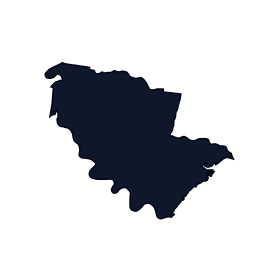 Branesti, Gorj, Romania, rotated 134°
{"feature_id": "2599482B28130291705267", "entity_name": "Branesti", "entity_type": "district", "adm_level": 2, "iso_a3": "ROU", "parent_name": "Romania", "parent_adm1": "Gorj", "projection": "albers", "projection_center": [23.464, 44.658], "detail": "fine", "context": "isolated", "style": "filled", "palette": "ink", "viewbox_px": 256, "rotation_deg": 134, "n_neighbors": 0, "source": "geoboundaries", "source_scale": "gbopen_adm2", "svg_char_len": 5657}
<svg xmlns="http://www.w3.org/2000/svg" viewBox="0 0 256 256"><g transform="rotate(134 128 128)"><path d="M126.7,220.6L129.6,221.4L135.4,223.7L140.5,225.3L141.3,225.4L145.7,225.3L146.2,225.3L146.6,225.1L147.4,224.4L148.1,223.0L148.4,222.0L148.4,221.5L148.2,221.2L147.3,219.6L146.2,218.4L143.4,216.8L140.8,216.5L139.3,216.6L138.3,216.2L137.8,215.8L137.2,214.9L136.9,213.7L136.9,212.7L137.1,211.6L137.7,210.4L138.2,209.7L139.1,208.6L139.7,208.0L140.0,207.9L140.5,209.0L140.4,209.1L140.9,209.9L144.0,211.2L145.7,212.1L146.4,212.2L147.4,212.1L151.9,212.0L150.8,209.7L157.0,204.6L157.6,204.1L160.1,202.0L163.5,199.2L174.0,192.1L171.8,191.8L171.6,191.6L170.7,191.3L170.1,190.9L169.0,190.0L168.2,190.5L167.3,190.9L166.4,191.5L165.8,191.7L164.9,191.7L165.2,190.9L166.2,188.5L166.7,187.7L167.2,187.2L168.2,186.4L169.1,185.8L170.8,185.2L171.4,184.7L172.9,182.8L173.3,182.1L173.7,181.2L174.0,179.7L174.0,179.0L173.8,178.1L173.4,177.3L171.9,175.3L171.6,174.3L169.9,171.6L169.5,170.5L169.4,169.1L169.5,167.2L170.5,164.0L171.8,162.2L173.1,160.6L174.3,158.6L174.5,157.6L174.5,155.3L174.2,153.6L174.4,152.0L174.5,151.5L175.4,149.8L176.5,148.3L177.5,147.2L178.6,146.3L180.6,145.0L181.7,143.9L181.9,142.9L181.9,142.6L181.7,141.1L180.9,139.6L180.1,138.9L177.3,135.0L176.5,133.2L176.0,131.5L175.7,130.0L175.6,127.1L175.9,126.5L176.5,125.8L177.6,125.5L182.7,125.7L185.5,125.3L187.0,124.7L188.3,123.6L189.2,121.8L189.2,121.5L189.2,120.7L188.8,118.8L187.7,116.8L186.8,115.3L183.6,111.7L180.2,108.3L177.2,105.6L176.0,103.6L175.8,103.1L175.8,102.1L175.9,101.6L176.2,100.9L177.1,99.4L177.5,98.9L178.0,98.6L180.7,98.2L181.9,97.9L183.4,97.3L184.0,96.9L184.4,96.3L184.7,95.8L184.9,95.2L184.9,94.6L184.9,93.5L184.8,93.1L184.7,92.9L183.1,91.7L182.3,91.3L181.4,91.2L178.5,91.5L177.4,91.4L176.1,91.0L174.5,90.2L173.6,89.6L172.6,88.5L172.3,88.0L172.1,87.5L172.2,83.6L172.3,82.9L173.0,81.2L173.4,80.6L176.8,78.0L182.2,72.9L183.6,71.2L184.0,70.4L184.4,69.2L184.4,68.8L184.2,67.9L183.7,66.6L183.1,65.5L182.6,64.9L182.1,64.5L181.1,63.9L180.4,63.7L178.1,63.3L175.3,63.2L173.0,63.5L171.2,63.4L170.7,63.2L169.2,62.2L168.2,61.4L167.6,60.7L167.2,59.9L166.8,58.4L166.6,56.5L166.7,54.6L167.0,53.5L167.7,51.8L169.5,48.8L171.0,46.5L171.3,45.9L171.6,44.5L171.6,43.7L171.2,42.5L170.8,41.8L170.2,41.1L166.2,38.9L164.6,38.0L163.4,36.9L162.4,35.6L162.2,35.1L162.1,34.9L161.1,34.9L159.1,34.7L158.1,34.7L158.5,37.3L155.8,37.3L155.5,37.5L155.1,38.0L154.2,38.1L150.5,38.2L150.2,38.3L149.9,38.6L147.3,38.6L141.8,39.3L141.7,38.9L141.8,38.7L141.4,38.4L141.2,38.1L140.7,38.2L140.4,38.3L140.1,38.6L140.0,38.8L140.3,39.2L140.2,39.7L140.0,39.9L139.4,39.9L139.1,39.7L138.1,39.7L137.2,39.3L136.1,39.3L136.0,39.7L135.9,39.8L135.3,39.7L134.3,39.9L133.7,39.7L132.4,40.1L131.6,40.5L129.9,40.1L129.6,40.1L129.1,40.0L128.6,40.1L127.9,40.1L126.2,39.9L125.0,40.0L124.3,40.2L124.0,39.9L123.4,38.4L123.1,38.2L121.9,38.5L121.1,39.1L120.5,39.0L118.3,38.2L117.8,37.8L117.0,37.5L114.2,37.1L113.7,36.8L112.6,35.7L111.6,35.1L110.8,34.8L110.3,34.8L108.9,35.3L108.0,35.9L108.1,36.1L108.3,37.6L106.7,37.4L105.9,36.6L105.6,36.1L105.3,35.2L105.1,34.9L104.7,34.6L104.3,34.6L104.0,35.1L102.6,35.6L101.9,35.6L100.6,35.5L99.3,35.9L99.4,36.2L101.5,36.7L102.6,37.0L102.8,37.3L105.7,38.2L105.7,38.3L105.2,38.9L106.2,39.3L106.1,39.6L105.9,39.6L102.7,38.8L101.9,38.3L100.0,37.9L99.5,37.9L100.2,39.1L100.9,39.3L101.3,39.6L101.8,40.6L103.0,41.4L103.4,42.1L103.9,43.9L103.9,44.5L103.9,44.9L104.2,45.9L104.1,47.4L104.1,48.6L101.9,48.2L100.5,48.0L99.3,47.6L99.3,47.1L99.1,46.4L101.7,46.7L101.8,46.7L102.1,46.1L102.0,45.9L101.7,45.5L101.4,44.7L101.3,44.1L100.9,43.7L99.8,43.5L99.4,43.2L99.5,43.1L100.1,43.2L100.1,42.8L99.1,42.3L98.5,42.2L98.0,42.4L97.7,42.4L97.6,42.0L97.4,42.1L97.6,41.6L96.5,41.2L95.2,41.6L94.2,41.6L92.5,41.0L93.5,39.5L92.7,39.2L89.4,38.7L84.4,38.1L82.5,37.6L81.8,37.1L80.7,36.7L80.4,36.4L80.0,35.7L78.7,33.7L77.8,31.8L77.1,30.6L76.3,32.8L74.7,35.9L74.6,36.3L74.7,36.8L75.1,38.1L75.3,40.7L75.2,41.1L74.3,42.6L74.0,43.7L73.6,44.4L73.5,44.7L73.8,45.4L74.9,47.0L76.9,49.3L77.4,50.4L77.7,51.9L78.9,54.3L79.3,54.7L80.5,55.6L81.7,56.5L82.0,56.9L82.1,57.4L82.1,59.1L82.0,59.6L81.2,60.8L80.7,62.1L80.7,62.5L80.9,63.3L82.2,65.3L83.0,66.0L85.6,68.7L86.2,69.2L87.4,69.7L87.9,70.1L90.2,70.9L90.6,71.1L92.3,72.6L92.9,73.6L93.7,74.4L93.7,75.0L93.9,75.9L94.1,77.1L94.2,78.6L94.3,79.4L94.6,80.1L94.7,81.1L94.9,81.3L96.1,82.6L96.7,82.9L97.5,83.0L98.5,83.4L100.1,84.5L100.6,85.1L101.1,85.9L102.4,88.6L102.9,90.4L103.7,91.5L104.6,92.6L103.7,93.0L103.4,93.3L102.9,93.8L101.8,93.7L99.8,94.3L98.9,94.4L97.7,95.2L96.9,96.0L96.3,96.3L94.4,96.9L93.9,97.5L93.6,98.2L92.6,98.5L91.8,99.3L91.5,99.5L91.4,100.0L91.0,100.3L89.1,100.6L88.8,100.9L87.0,101.6L84.6,103.6L83.6,104.3L82.8,104.6L80.6,105.3L79.4,105.9L77.7,107.1L75.2,108.5L71.0,110.6L66.8,113.7L68.6,115.9L74.0,123.0L77.6,127.5L75.5,129.6L79.5,134.0L82.7,135.9L84.7,138.1L85.1,138.7L85.1,139.1L85.0,140.0L83.2,145.2L82.8,146.5L82.7,147.1L82.6,148.3L82.2,150.3L82.2,151.0L82.7,153.6L86.5,156.4L87.4,157.3L88.8,160.1L89.4,161.8L89.6,162.5L89.4,163.5L88.9,165.7L88.6,167.5L90.1,170.2L90.8,171.2L91.9,172.1L93.3,172.9L94.5,174.1L95.3,175.5L96.1,177.2L96.4,177.6L97.0,178.0L97.6,178.2L98.4,178.0L98.9,178.4L100.4,179.2L100.9,179.7L101.9,180.9L103.4,182.0L104.4,183.0L104.7,183.1L105.0,183.2L105.3,183.7L105.4,184.1L105.4,184.8L105.4,185.1L105.7,185.4L106.4,185.8L107.8,186.0L108.4,186.3L109.8,187.2L110.9,188.2L111.1,188.8L111.1,189.9L111.0,190.3L111.0,190.7L110.4,191.6L110.3,192.2L110.7,193.1L112.4,195.8L113.0,196.3L111.1,197.7L112.0,198.9L113.0,200.5L118.2,207.6L119.1,209.1L120.0,210.2L121.6,212.3L125.0,217.1L126.2,219.1L126.1,219.3L126.7,220.6Z" fill="#0f172a" stroke="#020617" stroke-width="1.5"/></g></svg>